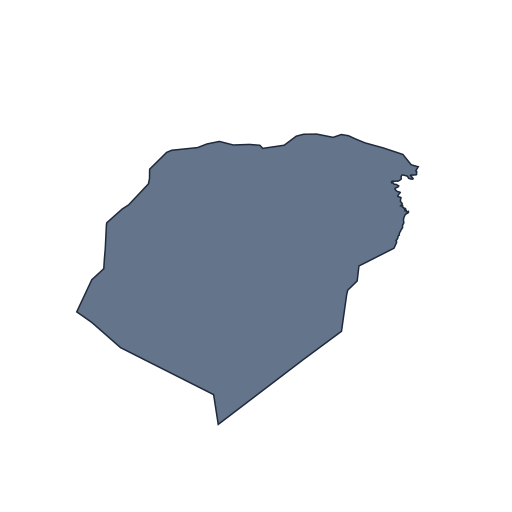 Yakurr, Cross River, Nigeria, rotated 63°
{"feature_id": "59680162B19335323694639", "entity_name": "Yakurr", "entity_type": "district", "adm_level": 2, "iso_a3": "NGA", "parent_name": "Nigeria", "parent_adm1": "Cross River", "projection": "equal_earth", "projection_center": [8.173, 5.82], "detail": "fine", "context": "isolated", "style": "filled", "palette": "slate", "viewbox_px": 512, "rotation_deg": 63, "n_neighbors": 0, "source": "geoboundaries", "source_scale": "gbopen_adm2", "svg_char_len": 1943}
<svg xmlns="http://www.w3.org/2000/svg" viewBox="0 0 512 512"><g transform="rotate(63 256 256)"><path d="M224.4,441.1L240.6,432.5L276.2,418.3L360.3,356.7L388.9,366.1L369.8,261.2L361.9,214.0L331.4,192.6L328.1,189.8L324.2,177.2L311.6,168.8L311.7,129.5L307.6,124.4L306.7,124.3L305.7,124.2L305.4,122.9L305.0,122.5L304.4,121.5L302.8,120.4L302.4,118.8L301.3,118.3L300.3,117.3L299.5,115.9L298.5,114.8L297.5,112.7L295.1,111.4L293.6,109.2L291.6,108.6L289.4,107.3L287.0,104.5L286.6,103.0L286.7,101.8L286.6,100.8L286.2,100.2L285.4,99.9L285.2,100.5L285.5,100.8L285.7,101.5L285.1,101.5L284.4,101.8L283.5,101.4L283.2,101.9L283.2,102.7L282.2,102.5L282.2,101.7L281.9,101.3L281.1,101.6L280.5,102.6L279.9,102.5L279.0,103.3L278.4,102.9L277.9,102.5L277.5,102.9L277.3,103.8L277.0,104.3L276.7,103.6L276.1,102.0L274.2,102.1L273.3,102.6L272.5,102.4L271.9,101.8L270.8,101.3L270.0,100.3L269.4,100.5L268.6,101.3L267.3,102.6L266.9,102.5L265.9,101.0L265.3,99.4L265.0,98.7L264.4,98.8L263.1,100.4L262.0,101.2L259.8,101.8L259.0,101.6L258.8,101.0L259.0,98.4L258.7,97.3L258.2,97.0L257.7,97.4L255.7,98.7L255.0,100.1L254.4,100.5L253.0,100.7L252.7,101.7L251.9,101.9L251.1,100.7L252.5,98.6L252.8,97.0L253.8,95.7L253.8,93.6L253.3,91.6L252.7,91.3L251.3,90.8L250.3,89.6L250.3,88.6L252.4,86.1L253.6,84.9L256.1,84.7L257.9,82.9L258.7,81.4L258.2,80.8L254.3,81.8L254.1,81.2L255.3,79.3L255.9,77.4L256.4,76.7L256.1,75.7L254.8,75.4L254.1,74.5L252.7,75.0L250.1,70.9L249.9,71.2L245.2,76.3L232.2,79.0L217.2,93.8L214.5,96.8L204.6,107.6L197.0,114.1L190.8,119.0L186.5,124.8L185.3,133.4L174.9,146.6L169.1,158.4L167.5,165.8L170.1,180.6L167.0,189.8L163.2,201.1L159.1,202.3L153.6,211.2L146.8,225.8L137.3,236.6L133.9,248.8L132.9,258.8L124.0,281.8L123.6,282.5L123.1,288.6L130.3,311.2L131.5,312.0L138.6,315.7L142.9,319.1L152.6,346.2L153.4,354.0L154.3,357.3L158.6,373.8L160.1,375.0L181.4,387.2L188.9,391.9L198.2,397.4L202.6,413.1L224.4,441.1Z" fill="#64748b" stroke="#1e293b" stroke-width="1.5"/></g></svg>